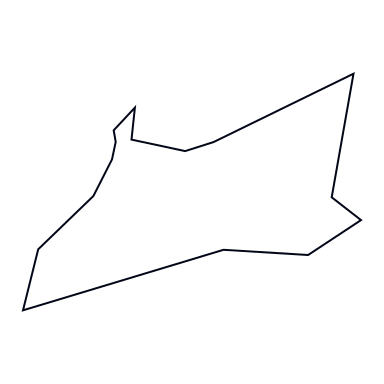 SVG path tracing the border of Ruše
{"feature_id": "SVN-219", "entity_name": "Ruše", "entity_type": "Municipality", "adm_level": 1, "iso_a3": "SVN", "parent_name": "Slovenia", "parent_adm1": "", "projection": "equal_earth", "projection_center": [15.487, 46.52], "detail": "fine", "context": "isolated", "style": "outline", "palette": "ink", "viewbox_px": 384, "rotation_deg": 0, "n_neighbors": 0, "source": "natural_earth", "source_scale": "10m", "svg_char_len": 315}
<svg xmlns="http://www.w3.org/2000/svg" viewBox="0 0 384 384"><path d="M361.0,220.1L308.1,255.0L223.5,249.8L23.0,310.3L38.2,249.3L93.4,196.0L112.0,159.4L115.7,142.0L113.7,130.3L134.9,107.6L131.5,139.6L185.1,151.1L213.7,142.0L353.5,73.7L331.7,197.3L361.0,220.1Z" fill="none" stroke="#020617" stroke-width="2"/></svg>